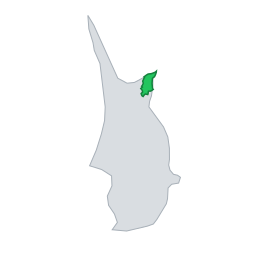 Famagusta on a map of Cyprus (Mercator projection), rotated 281°
{"feature_id": "CYP-3466", "entity_name": "Famagusta", "entity_type": "District", "adm_level": 1, "iso_a3": "CYP", "parent_name": "Cyprus", "parent_adm1": "", "projection": "mercator", "projection_center": [33.923, 35.018], "detail": "fine", "context": "in_parent", "style": "filled", "palette": "green", "viewbox_px": 256, "rotation_deg": 281, "n_neighbors": 0, "source": "natural_earth", "source_scale": "10m", "svg_char_len": 1366}
<svg xmlns="http://www.w3.org/2000/svg" viewBox="0 0 256 256"><g transform="rotate(281 128 128)"><path d="M182.3,136.0L184.7,142.4L174.4,144.3L164.0,144.9L158.2,144.1L152.7,144.5L135.8,162.7L126.8,168.8L116.0,172.5L105.0,174.7L99.4,175.0L94.6,177.3L91.2,181.5L91.1,185.6L89.6,188.9L83.6,188.2L81.1,181.6L76.8,178.8L66.1,180.3L60.9,180.1L43.8,173.8L38.6,171.2L35.4,165.8L26.6,146.3L25.1,131.9L33.3,135.6L41.0,131.1L48.4,123.7L57.2,120.7L62.7,122.0L68.1,123.3L77.9,121.0L82.2,110.1L83.6,97.5L100.2,101.1L117.0,103.0L130.8,103.6L144.3,101.6L185.9,88.2L197.7,80.1L205.0,77.4L217.7,70.7L230.9,67.1L222.4,74.8L174.9,108.5L171.8,118.5L173.9,125.5L180.6,133.8L182.3,136.0Z" fill="#d9dde1" stroke="#a8b0b8" stroke-width="1"/><path d="M171.6,133.4L172.2,133.8L173.3,134.1L174.8,134.5L176.8,133.5L181.0,134.5L181.3,134.0L182.2,134.8L183.4,135.9L184.8,137.4L185.8,140.5L186.9,142.4L188.1,144.2L189.2,145.0L187.9,145.1L185.6,144.8L183.3,144.2L182.3,143.1L181.2,142.5L176.3,143.1L172.0,144.4L171.0,145.0L170.7,145.4L168.9,143.7L168.6,143.2L168.4,142.8L168.3,141.9L168.1,141.4L168.0,141.1L167.9,141.1L167.4,141.0L166.0,141.1L165.4,141.2L164.6,141.0L164.7,138.6L163.9,137.8L161.8,136.8L162.3,135.6L163.2,134.9L164.4,134.3L165.1,134.8L165.7,135.4L166.9,135.2L168.1,134.4L168.7,133.6L169.2,133.0L170.9,134.3L171.6,133.4Z" fill="#22c55e" stroke="#15803d" stroke-width="1.5"/></g></svg>